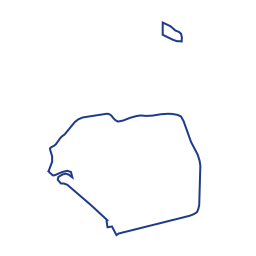 the Emirate of Dubay, rotated 274°
{"feature_id": "ARE-350", "entity_name": "Dubay", "entity_type": "Emirate", "adm_level": 1, "iso_a3": "ARE", "parent_name": "United Arab Emirates", "parent_adm1": "", "projection": "robinson", "projection_center": [55.527, 24.951], "detail": "fine", "context": "isolated", "style": "outline", "palette": "blue", "viewbox_px": 256, "rotation_deg": 274, "n_neighbors": 0, "source": "natural_earth", "source_scale": "10m", "svg_char_len": 1213}
<svg xmlns="http://www.w3.org/2000/svg" viewBox="0 0 256 256"><g transform="rotate(274 128 128)"><path d="M22.7,122.5L23.5,122.0L28.6,118.9L27.6,114.5L33.7,113.1L34.5,113.9L48.3,96.7L67.2,71.3L68.1,67.9L68.0,64.9L71.5,61.5L74.4,62.0L77.2,66.2L78.1,69.1L77.4,72.0L74.9,75.9L80.1,74.2L81.1,70.4L79.6,65.7L75.9,58.4L75.4,56.7L76.5,54.9L79.3,51.6L79.7,51.9L89.1,54.7L94.4,54.3L100.5,52.0L102.2,51.6L103.3,52.6L105.3,55.7L106.8,57.2L112.8,60.9L114.2,61.9L115.7,63.4L117.0,65.1L130.2,74.5L133.2,77.8L135.4,82.2L140.7,105.7L140.8,107.1L140.4,108.4L139.7,109.8L138.7,111.0L136.4,113.1L135.5,114.2L134.8,115.1L133.8,117.4L133.7,117.6L135.1,122.6L138.4,129.6L140.5,135.6L141.1,138.3L141.4,140.0L141.3,145.0L142.0,151.3L144.1,160.3L145.0,167.0L145.1,170.7L144.9,173.5L144.6,175.9L144.2,177.5L143.2,180.0L138.9,182.9L118.6,191.8L106.2,199.4L100.6,201.6L95.4,202.8L56.3,204.4L52.5,203.9L48.9,202.7L46.6,199.6L44.7,195.5L22.1,126.1L20.4,124.0L21.3,123.4L21.9,123.0L22.3,122.8L22.7,122.5ZM235.6,155.3L232.5,163.3L228.6,168.4L227.4,172.1L225.8,174.3L222.3,175.4L218.3,175.5L218.0,175.5L218.0,175.4L218.2,173.7L218.0,170.8L219.2,166.5L223.4,156.1L235.5,155.3L235.6,155.3Z" fill="none" stroke="#1e3a8a" stroke-width="2"/></g></svg>